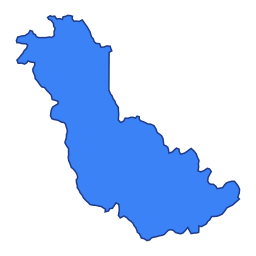 Lorena, São Paulo, Brazil (orthographic projection)
{"feature_id": "56859067B19508502675553", "entity_name": "Lorena", "entity_type": "district", "adm_level": 2, "iso_a3": "BRA", "parent_name": "Brazil", "parent_adm1": "São Paulo", "projection": "orthographic", "projection_center": [-45.064, -22.777], "detail": "fine", "context": "isolated", "style": "filled", "palette": "blue", "viewbox_px": 256, "rotation_deg": 0, "n_neighbors": 0, "source": "geoboundaries", "source_scale": "gbopen_adm2", "svg_char_len": 3307}
<svg xmlns="http://www.w3.org/2000/svg" viewBox="0 0 256 256"><path d="M179.0,149.1L176.4,148.1L174.4,149.9L172.3,152.0L169.0,153.1L168.4,149.5L167.8,147.3L166.2,146.0L163.8,144.9L163.0,138.7L161.5,135.7L159.4,134.1L157.2,132.5L156.0,129.1L154.0,125.7L150.5,124.1L148.2,124.1L145.3,122.6L142.8,121.5L140.7,120.9L139.3,119.3L139.2,116.7L137.0,116.2L135.4,118.2L133.2,117.3L130.9,117.3L128.0,118.3L125.2,118.1L123.6,121.2L120.6,122.5L118.3,119.9L118.7,114.2L118.4,110.4L118.3,107.4L115.6,103.5L115.0,101.4L112.9,98.3L112.1,95.9L110.7,94.2L108.9,90.2L109.1,52.4L111.8,50.9L110.8,48.4L110.1,46.2L106.8,45.9L103.7,47.1L100.9,47.2L99.6,43.7L95.8,43.3L94.1,41.5L93.2,38.7L91.7,37.2L90.9,35.0L90.1,32.1L89.0,30.1L87.5,27.4L82.2,19.9L79.1,21.5L76.4,21.0L73.9,21.3L72.1,18.6L72.5,16.3L70.3,15.6L67.7,15.4L65.5,16.4L63.1,16.8L62.4,19.4L59.8,18.6L56.6,19.0L54.7,16.1L52.4,16.5L50.1,15.8L47.6,17.4L48.7,19.3L51.0,20.2L53.4,23.3L53.8,26.5L55.2,28.5L54.0,31.7L54.3,35.6L52.0,37.4L49.5,37.0L46.0,37.6L42.0,37.6L38.5,37.6L36.3,36.6L35.4,34.6L33.4,33.7L32.4,31.2L30.1,30.5L28.6,33.3L26.8,34.4L24.8,35.7L21.7,36.0L17.7,37.1L16.4,40.5L16.9,42.7L19.1,42.7L21.9,43.6L26.0,43.8L27.6,45.1L26.7,48.2L24.3,50.5L22.8,53.3L20.9,55.5L19.3,57.6L16.9,60.1L18.2,63.3L21.6,63.1L24.7,64.1L26.7,62.8L28.1,60.9L30.3,61.9L34.7,62.6L34.7,65.3L32.9,68.8L32.9,71.2L33.9,73.6L34.9,76.0L35.2,78.7L37.3,80.9L39.5,84.2L41.6,86.8L44.6,87.6L47.0,90.7L49.0,92.6L51.3,95.2L52.2,99.5L55.1,100.3L58.0,101.3L58.0,103.9L55.6,105.2L52.7,107.0L51.6,109.3L51.0,111.7L50.5,115.6L51.8,118.7L54.0,119.5L56.4,119.9L58.8,120.6L61.3,122.1L63.8,122.5L65.5,123.9L66.2,126.7L67.1,129.3L67.3,132.2L66.5,134.4L66.3,138.0L65.4,140.6L64.9,142.8L66.7,146.0L68.6,148.7L68.5,151.7L68.6,155.0L68.2,157.2L68.7,160.6L70.1,163.8L71.2,167.3L73.5,169.2L75.8,172.0L77.3,175.1L77.7,178.1L76.3,179.8L76.5,182.9L77.3,185.4L77.3,187.7L78.9,189.9L80.1,192.7L82.1,195.1L83.5,197.9L85.8,200.4L88.3,202.6L89.9,204.5L92.6,205.1L96.1,205.4L98.9,206.1L101.4,206.6L103.2,207.8L105.4,209.1L105.1,211.9L108.6,210.9L109.7,208.7L112.4,208.3L114.3,205.5L116.0,202.9L118.8,204.4L119.1,207.2L119.3,210.0L118.9,212.6L118.4,215.5L120.3,217.9L123.8,216.0L126.8,217.6L128.8,219.9L130.8,221.1L132.8,223.0L134.1,225.7L135.6,227.4L136.6,229.7L137.5,232.4L139.4,233.8L140.5,235.9L141.3,238.0L144.4,238.8L147.0,240.6L149.7,239.9L151.4,237.9L153.7,237.2L156.5,236.7L159.0,235.9L162.0,235.3L164.4,234.4L166.9,231.6L168.5,230.2L170.4,229.7L173.1,230.2L175.7,232.6L178.0,233.2L180.5,233.8L182.9,233.0L185.0,230.9L187.8,227.4L189.3,230.3L191.1,233.6L194.4,233.0L196.6,233.0L198.7,232.3L198.9,228.8L198.8,226.1L201.4,226.6L203.5,225.5L206.4,223.9L207.7,221.5L209.8,219.7L211.6,216.6L214.8,216.4L217.1,216.2L219.6,215.3L222.2,214.1L224.3,211.6L227.0,207.7L229.6,206.5L232.9,204.8L234.6,203.2L237.3,200.9L239.4,199.0L237.8,197.2L239.2,193.1L239.6,189.4L238.3,186.3L236.6,183.9L234.4,181.3L231.6,181.3L229.2,181.9L226.5,182.9L224.7,184.7L222.6,187.7L217.1,188.6L215.8,186.2L213.4,184.3L211.1,184.3L209.1,183.5L207.7,181.1L208.1,177.5L209.7,174.3L211.3,171.6L209.6,169.0L207.3,168.3L203.9,170.7L200.9,171.8L198.0,170.9L198.7,166.9L198.4,164.0L199.0,160.4L197.5,157.6L196.2,153.8L193.9,150.9L191.1,148.4L186.5,151.8L184.6,153.1L180.6,154.2L179.2,151.5L179.0,149.1Z" fill="#3b82f6" stroke="#1e3a8a" stroke-width="1.5"/></svg>